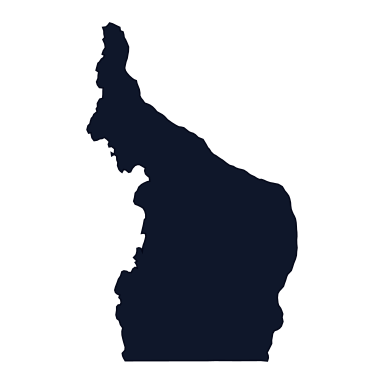 outline of Cachoeira Grande, Maranhão, Brazil
{"feature_id": "56859067B84641252535542", "entity_name": "Cachoeira Grande", "entity_type": "district", "adm_level": 2, "iso_a3": "BRA", "parent_name": "Brazil", "parent_adm1": "Maranhão", "projection": "equal_earth", "projection_center": [-43.956, -3.094], "detail": "fine", "context": "isolated", "style": "filled", "palette": "ink", "viewbox_px": 384, "rotation_deg": 0, "n_neighbors": 0, "source": "geoboundaries", "source_scale": "gbopen_adm2", "svg_char_len": 3777}
<svg xmlns="http://www.w3.org/2000/svg" viewBox="0 0 384 384"><path d="M104.0,34.1L104.8,37.5L102.9,39.5L104.8,43.7L105.4,47.6L103.4,50.7L102.2,54.2L104.5,55.2L103.6,57.5L101.4,59.1L99.5,62.0L98.0,63.2L97.0,66.9L96.1,70.3L98.7,71.9L98.2,75.3L98.1,78.3L96.6,81.9L97.4,84.7L99.4,87.5L103.2,87.9L103.0,91.2L103.0,94.3L102.7,98.3L99.7,99.2L97.4,103.4L97.6,106.8L96.3,108.9L97.2,111.6L95.7,112.9L93.9,114.4L92.9,116.8L91.4,118.4L90.6,121.0L90.0,123.8L88.0,125.8L87.0,129.7L88.6,133.1L90.9,132.6L92.0,137.8L94.1,140.6L97.1,140.1L99.8,138.7L102.1,138.5L104.4,137.3L107.2,139.4L109.4,141.7L108.3,144.3L109.1,146.9L111.7,146.4L114.7,148.8L114.6,151.3L114.2,154.4L116.7,156.1L116.9,160.0L117.9,162.3L117.6,165.6L119.0,169.4L120.4,171.1L122.0,172.3L123.5,169.5L125.7,169.8L128.7,172.3L130.6,171.8L132.3,168.3L134.9,165.5L137.4,164.5L139.5,164.5L142.0,165.9L143.6,166.9L145.4,167.7L144.7,170.8L145.6,173.9L147.3,175.6L149.4,177.3L149.8,181.2L147.2,181.8L143.9,183.3L141.5,184.7L138.9,187.1L137.3,190.9L135.3,193.1L134.6,197.7L133.7,201.2L135.2,204.1L138.1,205.2L141.3,206.8L143.3,208.2L144.9,211.1L145.8,214.4L145.8,218.2L144.4,219.8L143.5,224.9L141.5,233.4L143.3,233.1L145.5,233.6L145.9,236.4L145.4,238.8L144.5,242.1L143.5,244.7L142.9,247.0L142.3,251.6L141.0,248.5L138.9,247.8L137.0,248.4L137.0,251.3L136.3,254.4L135.0,256.1L133.6,257.5L135.2,259.2L137.2,261.1L135.2,262.4L136.8,264.9L137.3,268.2L135.0,267.4L132.9,269.0L131.3,272.5L128.5,272.6L126.8,271.4L123.9,270.9L121.9,271.8L120.6,276.1L118.5,279.2L117.4,282.4L115.6,287.1L114.8,290.1L115.5,292.4L117.2,293.9L119.8,295.0L119.0,297.6L120.7,299.4L121.2,302.6L120.3,304.8L118.2,305.0L116.7,306.8L116.7,310.3L116.0,314.9L117.0,318.6L119.2,320.3L120.5,324.7L122.8,327.9L122.0,331.3L122.1,335.0L123.0,339.0L123.9,342.4L125.3,347.2L125.0,350.3L122.3,353.3L122.7,355.8L123.6,357.9L125.2,360.7L177.0,360.6L202.1,360.6L206.5,360.6L214.9,360.4L235.6,360.5L237.5,360.5L261.1,360.4L267.4,361.0L268.3,357.9L268.1,355.5L267.0,352.6L268.6,349.6L269.7,347.4L271.6,343.6L271.5,340.2L272.2,336.3L272.6,333.5L274.3,330.7L277.3,329.6L279.6,328.1L281.3,326.1L282.9,321.6L282.0,317.3L282.7,314.0L281.8,311.3L280.6,308.4L278.5,305.4L277.8,302.8L277.3,297.7L277.7,293.6L279.3,290.8L281.1,288.9L283.4,286.3L284.4,283.2L285.5,280.2L286.6,276.5L287.6,274.3L291.2,270.5L292.3,267.4L293.5,263.5L295.3,259.0L296.3,255.4L296.5,251.6L297.0,247.8L296.6,244.0L296.5,239.7L296.8,236.4L296.7,232.3L296.4,229.6L296.3,227.1L296.0,222.6L295.3,218.8L294.2,216.2L293.1,214.2L292.0,211.7L291.1,209.2L290.6,205.8L290.4,202.6L289.6,198.9L288.6,196.0L286.7,193.3L284.6,190.8L283.4,188.6L282.2,186.7L280.4,185.6L278.0,184.3L275.2,183.8L273.0,183.3L270.1,182.8L266.8,181.7L263.8,180.3L261.4,179.5L259.3,179.6L256.6,178.3L254.3,176.8L252.3,175.9L250.4,175.0L248.5,173.7L246.9,172.3L243.8,170.3L241.6,169.7L238.5,169.0L235.7,168.0L233.4,166.5L229.5,165.4L226.3,163.2L224.3,161.6L222.4,160.1L220.7,159.1L218.3,157.5L215.8,155.7L213.6,154.6L210.9,152.0L209.2,149.2L207.7,147.7L206.0,144.5L203.0,139.5L198.2,137.6L195.3,134.8L193.1,133.4L190.7,132.7L188.8,131.8L186.4,129.9L183.8,127.8L181.1,127.2L178.7,126.9L175.8,125.4L173.2,123.8L171.3,122.6L169.4,121.2L167.4,119.8L165.9,118.1L164.4,116.5L162.1,114.7L159.0,113.0L156.7,111.7L154.8,109.3L152.5,107.0L150.1,105.3L147.7,104.2L144.6,103.1L142.7,100.3L141.0,98.3L139.7,95.6L139.8,93.0L139.2,89.4L137.9,86.1L136.8,83.2L136.3,80.7L134.0,79.8L132.0,78.4L129.1,75.8L126.9,73.2L125.4,70.9L124.6,68.1L125.1,65.3L125.9,61.7L127.1,58.3L127.7,54.7L128.3,51.6L128.5,46.9L126.8,42.7L125.5,39.8L124.1,37.5L123.7,34.6L123.0,31.9L120.3,30.8L119.8,27.4L116.4,25.8L112.6,23.9L109.6,23.0L107.7,25.5L105.9,27.0L102.7,27.4L103.9,30.7L104.0,34.1ZM114.2,154.4L111.3,152.7L111.7,155.8L114.2,154.4Z" fill="#0f172a" stroke="#020617" stroke-width="1.5"/></svg>